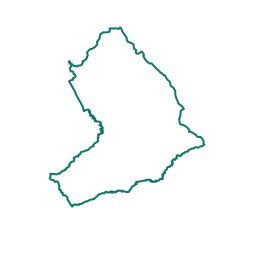 outline of Barrancas, La Guajira, Colombia, rotated 289°
{"feature_id": "7082276B63363201175642", "entity_name": "Barrancas", "entity_type": "district", "adm_level": 2, "iso_a3": "COL", "parent_name": "Colombia", "parent_adm1": "La Guajira", "projection": "robinson", "projection_center": [-72.754, 10.978], "detail": "fine", "context": "isolated", "style": "outline", "palette": "teal", "viewbox_px": 256, "rotation_deg": 289, "n_neighbors": 0, "source": "geoboundaries", "source_scale": "gbopen_adm2", "svg_char_len": 5755}
<svg xmlns="http://www.w3.org/2000/svg" viewBox="0 0 256 256"><g transform="rotate(289 128 128)"><path d="M154.7,58.6L153.0,57.2L144.4,66.8L143.1,67.5L133.3,78.5L129.7,80.7L131.1,82.3L132.4,84.0L132.5,85.5L132.1,85.8L131.1,85.6L130.6,85.8L130.9,86.5L130.7,87.2L129.2,87.2L128.7,88.4L127.9,88.0L127.5,88.1L127.4,89.9L128.1,90.2L128.0,90.9L127.3,91.3L127.4,92.1L127.0,92.4L126.4,91.7L125.7,91.5L125.6,91.9L126.2,93.5L126.2,93.9L125.8,94.2L124.8,94.0L124.0,94.3L124.6,94.8L123.9,96.0L124.6,98.3L124.4,100.3L123.7,100.6L122.5,101.5L121.8,100.2L121.3,100.2L120.7,103.1L120.0,104.0L119.6,104.2L118.6,103.8L118.6,102.6L118.0,102.2L117.6,103.2L116.7,103.2L115.9,104.0L116.9,104.5L117.1,105.0L116.2,104.9L115.4,105.8L114.4,105.2L113.8,104.0L112.9,103.5L112.8,103.0L112.4,103.0L112.2,102.0L111.1,102.2L109.6,103.1L109.0,102.6L108.0,103.3L107.0,103.2L106.4,103.8L105.7,104.0L103.8,102.6L103.5,102.1L101.8,101.1L100.7,100.7L99.8,101.3L99.6,101.2L98.4,99.7L96.4,98.2L95.3,98.0L94.6,97.6L93.2,96.0L92.4,94.6L91.5,94.0L90.3,91.8L89.8,91.4L88.8,91.2L87.7,91.4L87.1,90.4L86.8,90.2L85.0,90.3L85.2,89.2L83.1,87.6L82.5,86.5L81.8,86.4L80.4,87.6L78.7,87.5L78.4,87.1L78.3,86.4L76.8,85.0L75.8,85.2L75.0,84.3L73.9,84.8L72.9,84.9L72.7,84.4L71.7,84.5L70.5,83.1L69.9,83.1L69.4,82.7L68.9,82.9L68.6,82.3L67.6,82.1L67.4,81.6L66.6,81.2L66.2,80.1L62.2,77.9L62.3,76.8L60.9,75.7L60.5,74.1L60.6,73.5L60.3,73.0L60.1,71.6L59.4,69.8L59.0,70.3L57.9,70.2L56.4,70.6L54.7,70.5L54.0,72.6L54.5,74.9L53.3,76.4L53.4,76.7L54.1,77.6L54.4,78.3L54.0,79.6L50.5,82.1L49.7,82.2L47.3,83.2L47.4,84.6L45.3,85.9L45.6,86.8L45.4,87.4L44.2,87.8L43.3,88.5L43.9,90.7L42.8,92.7L42.0,93.8L40.4,94.1L40.2,95.0L39.8,95.6L39.0,96.1L38.7,96.8L38.0,97.3L37.7,98.0L36.9,98.6L36.4,99.7L35.6,100.4L35.6,100.6L36.3,100.6L36.5,101.2L37.1,101.0L38.3,102.4L38.4,103.2L38.7,103.5L38.6,104.8L39.9,106.4L39.7,106.7L40.0,106.8L40.1,107.2L41.2,108.4L41.3,108.9L41.8,109.5L42.6,109.8L42.6,110.1L43.8,111.0L44.9,112.2L45.1,113.0L48.1,115.9L48.5,117.0L49.0,117.5L49.1,118.1L49.7,118.6L49.8,119.1L50.4,119.1L51.3,120.0L52.2,120.2L53.4,121.1L54.8,121.4L55.4,121.8L55.9,122.7L56.6,123.0L57.5,124.5L58.0,124.9L58.4,126.5L59.2,127.2L60.2,127.5L60.6,127.8L60.3,129.7L60.6,130.0L60.9,131.2L61.6,131.7L61.6,132.3L61.8,132.0L62.6,132.9L62.3,134.0L62.8,134.0L62.8,134.5L63.0,134.8L63.1,135.7L62.8,136.1L63.3,136.6L63.0,136.8L63.9,137.7L64.4,137.9L64.5,138.3L65.3,138.4L65.2,139.0L66.1,140.4L66.3,141.7L66.7,142.4L66.7,142.8L66.1,143.1L66.9,143.7L66.6,144.6L67.1,146.7L67.0,147.8L67.6,148.7L67.8,149.5L68.6,149.5L69.5,150.1L70.2,149.9L71.7,150.8L73.9,150.9L75.0,152.1L75.9,152.6L76.3,153.2L77.5,153.1L77.8,154.3L78.6,153.9L79.1,154.1L79.4,153.4L79.8,153.4L80.5,155.2L83.9,161.1L83.8,161.7L84.5,161.9L86.0,164.4L86.0,164.9L85.5,165.3L85.8,165.8L85.6,165.8L85.4,166.5L85.2,166.4L85.1,166.6L85.3,166.8L85.0,167.5L85.3,167.7L85.2,168.0L85.4,168.0L85.0,168.5L85.7,169.2L85.5,169.7L85.8,170.1L85.8,170.7L86.2,171.5L86.8,171.3L87.2,171.5L86.9,172.0L87.4,172.1L87.5,172.7L88.3,174.3L90.1,174.8L90.8,176.2L90.6,176.6L90.9,176.7L90.8,176.9L91.2,177.3L92.0,176.9L92.4,177.2L93.5,176.5L94.0,176.7L94.8,176.4L94.6,175.8L95.0,175.7L95.5,176.0L95.5,176.4L96.1,176.2L96.7,176.3L97.4,177.6L97.8,177.6L98.5,176.8L99.8,176.9L101.1,178.0L102.4,178.1L102.9,177.9L103.6,178.2L104.1,178.7L104.2,179.2L105.1,180.2L106.0,180.4L106.1,180.7L107.0,181.2L107.0,181.6L107.8,181.4L107.9,181.9L108.6,182.0L109.0,181.9L109.4,181.2L110.0,181.4L110.4,180.5L111.4,180.6L113.0,181.0L113.1,182.6L114.3,182.6L114.9,183.2L114.8,183.5L115.1,184.0L115.5,183.6L116.3,183.6L117.1,183.1L117.9,183.1L118.5,184.2L118.2,185.5L118.9,187.0L119.7,187.1L120.0,187.5L120.7,187.4L121.8,188.2L122.2,188.6L122.2,189.1L123.2,189.4L124.2,190.3L125.5,192.5L126.7,192.4L128.7,194.3L129.7,195.7L129.9,196.7L130.8,197.0L131.9,198.4L132.2,200.3L132.4,200.9L134.0,202.3L135.3,204.4L137.0,205.5L137.7,204.5L139.1,204.3L140.2,203.7L142.3,201.3L143.1,199.7L143.2,199.1L142.6,198.2L142.4,196.4L143.7,194.2L144.7,190.0L144.7,187.6L144.4,187.0L145.9,186.7L147.5,184.2L148.2,182.4L148.8,179.5L148.8,178.1L148.4,177.3L149.0,175.6L149.8,175.1L152.8,173.8L153.1,173.4L156.3,173.6L160.9,172.4L161.6,172.5L162.9,173.3L163.8,174.5L164.3,174.5L166.4,171.6L167.2,168.5L167.9,167.3L169.8,166.0L172.3,163.6L176.0,161.3L178.4,160.7L179.4,159.3L180.6,158.2L181.1,157.1L181.4,155.4L181.8,154.9L182.6,154.1L183.9,153.6L185.3,152.4L185.9,151.4L186.4,149.7L188.1,147.5L189.5,146.4L189.6,146.1L189.6,144.4L190.4,143.3L191.0,140.6L192.4,138.1L193.4,135.4L196.6,129.5L196.6,128.6L196.1,127.6L196.1,126.7L197.5,123.4L198.9,121.3L200.9,119.2L201.5,119.0L202.0,119.2L202.7,119.1L204.4,116.9L204.6,116.4L204.3,115.7L202.1,114.1L201.4,113.2L201.2,112.6L201.3,111.5L201.9,110.9L202.6,110.6L203.9,110.7L204.3,110.5L205.0,107.9L207.3,106.6L208.8,106.1L209.2,104.8L209.5,101.6L209.3,100.5L210.4,98.7L211.3,97.8L212.0,97.8L213.2,97.1L213.7,96.1L215.2,94.3L216.9,91.8L220.3,88.6L220.4,88.2L220.2,87.6L219.0,87.2L218.7,86.7L218.3,84.3L216.9,80.7L216.6,79.1L216.2,78.5L215.8,78.3L215.1,78.9L213.9,79.1L212.6,78.7L211.2,76.1L210.5,73.5L209.2,72.7L208.1,71.5L207.3,71.4L202.8,71.8L199.2,70.7L197.7,71.6L196.4,71.6L195.6,71.0L194.7,70.9L193.0,70.0L192.3,69.1L190.9,68.0L190.6,67.0L190.3,66.7L188.8,65.7L187.2,65.0L186.0,64.8L183.9,66.2L183.0,66.3L182.4,66.1L181.6,66.3L181.5,66.0L179.4,66.2L178.7,65.8L178.5,65.3L177.2,64.6L176.5,63.5L175.3,64.0L174.2,63.7L173.3,63.8L172.3,63.4L171.2,61.8L170.8,60.5L170.1,60.3L169.4,59.4L169.3,58.9L169.6,57.7L169.1,56.5L169.5,55.1L170.1,54.4L170.3,52.9L172.0,51.0L171.7,50.5L171.3,50.6L170.9,51.2L170.0,51.8L169.4,53.4L168.9,54.0L168.3,54.1L165.5,53.7L162.9,55.3L163.4,56.7L163.1,58.0L161.2,59.3L161.2,60.5L160.1,61.6L159.0,61.6L157.0,59.8L155.9,60.4L154.7,58.6Z" fill="none" stroke="#0f766e" stroke-width="2"/></g></svg>